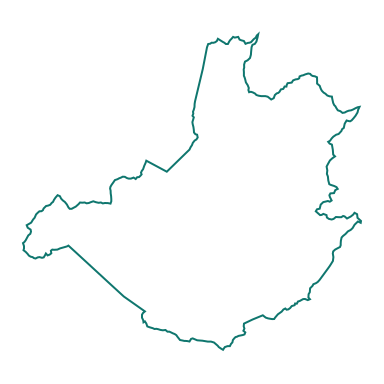 outline of Icó, Ceará, Brazil
{"feature_id": "56859067B37935390607257", "entity_name": "Icó", "entity_type": "district", "adm_level": 2, "iso_a3": "BRA", "parent_name": "Brazil", "parent_adm1": "Ceará", "projection": "natural_earth1", "projection_center": [-38.777, -6.36], "detail": "fine", "context": "isolated", "style": "outline", "palette": "teal", "viewbox_px": 384, "rotation_deg": 0, "n_neighbors": 0, "source": "geoboundaries", "source_scale": "gbopen_adm2", "svg_char_len": 5273}
<svg xmlns="http://www.w3.org/2000/svg" viewBox="0 0 384 384"><path d="M143.5,322.3L144.9,321.4L146.3,323.5L147.3,326.4L149.4,327.2L152.8,328.2L154.5,329.0L156.3,328.8L158.2,329.2L160.4,329.9L162.8,330.3L165.5,330.0L167.5,331.7L169.5,331.7L171.0,332.4L172.8,333.3L174.6,334.0L176.3,335.1L177.4,336.7L180.0,340.0L182.5,340.5L184.2,340.9L186.9,341.0L189.5,341.5L191.1,338.9L192.7,338.4L197.2,340.3L202.4,340.7L207.8,341.6L211.0,341.6L214.0,342.5L217.7,345.7L218.8,347.1L221.2,348.7L223.0,349.8L224.8,347.1L227.6,346.1L229.9,346.1L231.0,343.9L232.4,342.4L232.9,340.0L234.3,338.3L235.5,337.1L237.0,336.7L238.5,335.9L242.9,335.0L244.5,334.4L245.3,332.4L243.4,330.8L244.4,328.6L243.7,326.2L244.0,323.6L252.6,319.5L262.8,315.3L265.7,317.6L268.1,318.4L270.4,318.8L272.2,319.1L274.2,319.0L275.1,317.6L277.9,314.3L281.7,311.6L283.4,309.5L285.3,308.5L286.6,309.7L288.3,309.4L290.2,308.0L291.7,306.1L294.6,305.2L295.1,303.5L296.8,303.7L298.0,301.5L299.7,301.0L303.1,299.1L305.0,299.0L307.8,300.1L309.9,299.2L308.4,297.5L308.6,294.2L309.8,292.2L310.1,288.3L312.5,285.9L313.4,284.2L315.9,283.2L317.7,282.0L319.6,279.9L326.5,270.5L327.9,268.6L329.9,265.8L332.9,261.0L333.4,257.1L332.8,253.5L333.2,251.4L335.1,249.6L337.5,248.3L340.0,247.0L340.7,245.2L340.7,243.2L340.9,240.6L341.6,237.5L343.0,236.0L345.5,234.0L347.9,231.4L350.7,229.9L352.6,228.1L354.6,224.7L357.9,221.5L360.7,222.8L361.0,221.0L357.5,217.8L357.1,214.2L354.5,212.8L353.2,214.6L350.8,216.5L347.0,218.5L344.6,216.4L343.1,216.0L341.3,217.2L339.1,217.2L335.9,217.0L333.6,218.9L331.7,219.5L328.9,218.9L326.9,217.5L326.5,215.1L323.3,213.9L321.7,214.9L320.1,215.1L315.8,211.3L317.0,209.3L319.7,208.7L320.7,204.6L323.3,202.1L325.5,201.6L327.9,201.0L329.8,201.7L331.6,200.5L329.9,197.0L329.4,195.2L330.4,193.4L334.0,193.1L335.3,190.1L337.7,188.9L336.5,187.1L334.2,186.0L330.8,184.9L329.3,184.2L328.3,180.5L327.9,176.5L326.9,173.9L327.3,170.4L326.6,166.6L327.9,164.1L329.9,160.5L332.3,158.3L335.0,156.4L333.2,154.6L332.8,149.7L331.9,144.6L329.6,143.6L328.2,141.8L330.0,140.8L331.7,138.4L333.3,136.7L336.2,134.7L338.6,134.0L341.4,131.0L342.1,129.2L343.8,127.9L344.7,123.7L346.6,120.5L348.3,121.0L350.1,121.3L351.6,120.4L353.5,118.3L355.5,115.8L357.5,112.5L358.2,109.7L359.5,106.9L357.5,107.3L355.3,108.3L353.3,109.4L351.2,110.3L348.7,110.7L346.6,111.5L344.8,112.5L342.5,112.9L340.4,111.2L337.8,110.3L336.3,108.0L335.4,106.3L334.2,105.1L333.2,103.0L332.7,100.8L332.2,98.5L331.9,96.6L329.5,96.3L327.3,95.5L325.4,93.7L323.6,92.6L321.8,90.7L320.7,88.6L319.7,85.8L317.1,83.6L317.1,80.5L317.0,77.3L314.9,76.3L312.8,76.0L311.4,75.3L310.2,73.9L308.2,73.5L305.2,74.4L303.1,75.3L301.5,75.6L299.6,76.4L299.2,78.3L297.8,79.1L295.6,79.4L293.1,80.4L291.7,82.6L289.7,82.9L287.6,83.2L286.8,84.8L286.4,86.6L284.6,86.5L283.3,88.9L280.9,89.4L279.5,91.8L278.3,92.9L276.7,93.4L274.9,95.0L273.7,98.2L271.2,99.5L269.6,98.2L267.7,96.7L265.2,96.1L263.1,96.1L261.0,96.1L258.6,95.7L256.4,95.0L255.1,93.6L252.8,92.4L250.9,91.8L249.1,92.2L248.4,90.0L248.8,88.0L247.7,85.2L245.9,82.4L245.2,79.4L244.6,77.4L243.9,75.8L243.9,72.1L243.7,69.4L244.2,67.6L244.1,64.6L245.0,61.6L247.6,60.3L250.0,58.0L250.9,54.8L251.1,52.0L251.3,50.0L251.6,47.1L252.5,44.8L254.8,43.9L256.4,41.6L257.5,37.6L258.2,34.2L256.8,35.5L255.7,37.7L253.7,39.2L251.1,42.1L249.5,42.7L247.9,42.9L245.5,43.8L243.9,41.0L241.3,40.3L239.6,39.6L238.2,36.9L234.8,37.6L233.1,36.9L231.6,38.7L230.1,40.2L229.1,41.7L227.9,44.0L225.9,44.0L224.3,42.7L222.8,41.9L220.1,40.2L217.9,38.8L216.8,41.1L215.1,42.3L213.3,42.8L211.6,42.7L210.2,43.7L208.2,44.0L207.0,47.3L202.8,68.9L195.0,101.5L194.6,104.0L194.5,107.0L193.8,109.7L193.0,111.8L193.3,113.6L192.5,115.8L193.8,117.3L193.2,119.4L192.4,122.1L192.7,124.2L193.4,126.9L193.8,129.7L194.0,132.5L195.4,134.2L197.1,134.7L197.7,137.5L196.4,139.5L194.7,140.5L192.8,142.9L192.0,145.1L190.5,147.4L189.5,149.6L186.5,152.5L166.8,171.7L146.3,160.7L145.5,163.1L144.3,165.7L143.1,169.2L141.8,170.9L141.0,172.7L141.6,174.4L140.3,175.9L139.0,177.1L137.2,177.2L135.7,179.0L133.6,177.6L130.9,178.6L128.7,178.6L127.0,178.1L124.8,176.8L122.7,176.7L121.0,177.6L119.1,178.3L117.5,179.2L114.9,180.1L113.2,182.6L111.6,184.8L110.4,186.9L110.1,188.7L110.6,190.6L110.7,193.4L111.1,196.1L111.3,199.1L111.3,201.3L110.5,203.6L107.9,203.1L104.9,203.0L102.8,203.4L100.9,202.5L98.6,202.8L95.9,202.2L93.3,201.3L90.7,202.2L88.8,203.0L86.6,203.3L84.7,202.5L82.3,202.7L80.0,202.5L78.6,204.1L75.8,206.6L73.7,207.7L71.7,208.8L69.7,208.8L68.5,207.5L66.9,204.5L64.9,202.0L62.8,200.4L61.1,198.6L59.9,196.2L57.6,195.2L55.5,197.6L53.9,200.0L53.1,201.8L51.6,203.0L50.2,204.8L48.1,205.6L46.1,206.0L44.9,207.2L43.6,208.5L42.9,210.2L41.5,211.2L39.4,211.3L37.8,212.7L36.1,214.4L34.6,217.8L33.1,219.5L31.2,222.6L29.7,223.5L26.7,225.2L27.7,227.7L30.6,229.6L31.0,231.6L30.3,233.8L28.3,235.4L25.6,240.4L24.4,242.0L23.0,243.1L24.0,246.1L24.0,248.5L23.5,250.2L25.7,251.9L27.6,253.9L28.9,255.6L30.7,256.7L32.6,257.1L33.9,258.1L35.6,258.5L37.7,257.4L39.5,257.1L42.0,257.8L43.7,257.4L45.0,255.3L45.9,253.5L47.6,255.4L49.7,254.6L51.3,253.3L50.9,250.7L52.3,249.6L54.0,249.8L57.4,249.6L60.0,248.4L62.5,247.7L64.6,247.1L67.0,246.4L68.4,245.6L76.4,252.9L77.7,254.1L97.7,272.5L108.1,282.1L123.8,296.5L144.9,311.4L143.0,313.0L142.0,314.7L142.0,317.7L143.2,320.2L143.5,322.3Z" fill="none" stroke="#0f766e" stroke-width="2"/></svg>